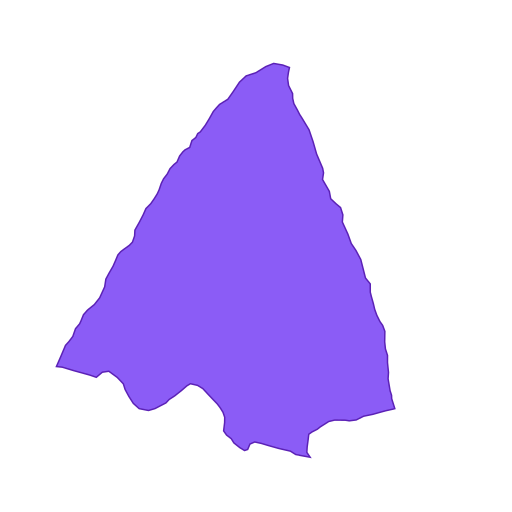 Quba District, Quba, Azerbaijan (Equal Earth projection), rotated 103°
{"feature_id": "54616110B77048085748362", "entity_name": "Quba District", "entity_type": "district", "adm_level": 2, "iso_a3": "AZE", "parent_name": "Azerbaijan", "parent_adm1": "Quba", "projection": "equal_earth", "projection_center": [48.485, 41.2], "detail": "fine", "context": "isolated", "style": "filled", "palette": "violet", "viewbox_px": 512, "rotation_deg": 103, "n_neighbors": 0, "source": "geoboundaries", "source_scale": "gbopen_adm2", "svg_char_len": 2214}
<svg xmlns="http://www.w3.org/2000/svg" viewBox="0 0 512 512"><g transform="rotate(103 256 256)"><path d="M373.5,86.4L364.5,91.7L361.2,92.6L357.2,95.0L345.9,99.7L339.7,100.7L330.3,103.9L323.3,105.5L317.4,109.0L310.7,111.3L300.4,113.5L295.1,117.0L292.0,120.5L286.5,125.0L281.2,128.4L275.9,131.0L269.7,134.4L265.6,136.5L257.5,138.4L252.8,144.4L235.9,153.1L228.2,159.8L222.4,166.0L214.0,171.4L203.5,179.5L196.4,180.6L189.8,184.5L187.1,189.8L183.4,196.1L176.5,199.1L166.5,208.4L159.8,208.9L155.5,210.8L143.0,219.9L131.8,226.1L121.1,232.7L111.2,242.3L108.3,245.3L104.7,248.3L99.0,253.4L94.2,255.7L89.5,256.9L82.6,262.6L75.8,265.2L69.7,265.7L64.8,265.8L63.9,272.9L64.4,282.1L69.2,289.0L77.5,297.4L82.7,306.1L90.3,311.2L101.5,315.4L109.6,318.7L116.5,325.6L120.6,327.9L124.8,330.1L132.4,332.3L140.0,334.8L147.6,338.2L149.8,340.3L154.1,341.3L157.9,344.4L165.1,345.0L168.5,349.0L171.0,350.7L175.7,352.9L182.2,354.1L185.3,356.5L190.2,359.4L196.1,360.9L201.5,363.4L206.5,364.6L213.4,365.3L217.7,366.2L223.2,368.1L228.7,370.3L234.5,373.9L241.3,375.2L249.1,377.2L258.0,379.8L263.8,378.8L270.3,379.5L274.1,381.8L279.0,386.1L282.1,388.7L285.6,390.6L286.0,390.8L292.4,391.9L298.2,393.0L305.7,395.3L312.3,397.1L320.1,396.5L327.0,397.9L331.9,398.9L339.7,402.6L345.3,407.0L346.8,408.1L352.0,410.9L358.4,411.9L361.8,412.6L367.4,415.5L375.6,416.4L381.6,419.1L385.9,421.5L397.4,423.5L408.6,425.6L407.9,419.8L408.7,407.6L409.4,391.2L410.1,384.3L403.8,379.6L401.4,373.5L405.5,363.9L410.4,356.5L415.5,353.5L421.4,348.3L427.2,342.4L431.0,335.5L430.7,326.0L427.4,320.1L423.3,315.3L419.4,310.7L415.4,308.4L410.4,303.6L403.1,297.8L398.1,294.2L395.2,291.2L395.2,283.8L397.2,277.9L401.1,272.2L405.8,265.1L408.8,260.5L411.8,256.9L415.7,253.0L420.2,250.2L425.4,249.1L433.7,248.2L437.1,244.4L439.6,239.0L443.1,235.5L446.4,228.6L448.1,223.4L446.4,220.6L440.6,219.6L437.5,215.4L437.4,208.7L437.9,201.0L438.4,190.4L438.4,178.6L440.5,172.6L440.3,169.3L440.4,168.9L439.9,158.0L435.9,162.3L430.5,163.2L423.1,163.9L417.8,164.5L414.8,161.8L411.0,157.3L408.0,154.9L400.9,147.9L398.2,142.5L395.9,132.1L395.6,128.0L393.2,121.5L387.9,115.1L384.0,106.6L380.5,100.2L377.6,94.8L374.2,87.7L373.5,86.4Z" fill="#8b5cf6" stroke="#5b21b6" stroke-width="1.5"/></g></svg>